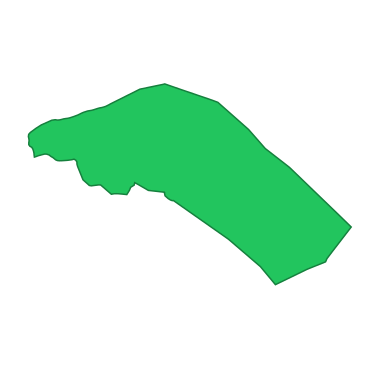 Jardan, Shabwah, Yemen (Albers equal-area conic projection), rotated 162°
{"feature_id": "15242507B34069744154073", "entity_name": "Jardan", "entity_type": "district", "adm_level": 2, "iso_a3": "YEM", "parent_name": "Yemen", "parent_adm1": "Shabwah", "projection": "albers", "projection_center": [46.986, 15.184], "detail": "fine", "context": "isolated", "style": "filled", "palette": "green", "viewbox_px": 384, "rotation_deg": 162, "n_neighbors": 0, "source": "geoboundaries", "source_scale": "gbopen_adm2", "svg_char_len": 1667}
<svg xmlns="http://www.w3.org/2000/svg" viewBox="0 0 384 384"><g transform="rotate(162 192 192)"><path d="M242.9,300.9L243.6,300.7L245.6,300.4L247.6,300.1L249.8,300.1L251.8,300.2L253.8,300.5L255.7,300.6L257.7,300.6L260.0,300.6L262.2,300.7L264.3,301.0L266.3,301.3L268.4,301.3L270.6,301.3L272.7,301.1L274.7,300.8L276.8,300.5L279.0,300.4L281.1,300.3L283.3,300.3L285.4,300.3L287.5,300.5L289.5,300.9L291.5,301.2L293.5,301.3L295.8,301.5L297.8,302.0L299.7,303.0L303.2,303.6L314.5,302.4L321.0,300.7L324.2,299.6L327.3,298.6L329.5,297.3L330.5,295.2L330.7,293.0L331.1,291.1L332.0,289.3L332.6,287.4L332.0,285.5L330.6,284.1L330.1,282.0L330.1,279.9L330.3,277.8L330.8,275.7L331.1,273.9L329.1,273.9L327.1,274.0L325.1,273.9L323.0,273.8L320.3,273.6L318.5,272.9L316.5,271.4L315.0,269.2L313.6,267.7L312.7,266.3L311.8,264.8L310.3,263.5L308.5,262.7L306.5,262.1L304.6,261.6L302.6,261.1L300.6,260.6L298.4,260.2L296.2,259.8L294.1,259.7L292.7,258.2L292.2,256.1L292.8,254.0L292.9,251.5L291.9,237.3L288.4,231.3L287.7,230.0L285.9,229.0L278.6,227.6L276.7,226.9L269.4,214.8L268.6,214.7L266.6,214.4L264.6,213.8L262.6,213.1L260.7,212.3L258.8,211.5L256.8,210.6L254.8,209.7L251.0,212.9L248.9,215.4L244.9,216.4L243.6,218.6L240.9,215.8L233.0,207.0L218.5,200.4L218.3,200.3L218.2,200.0L218.5,199.7L218.8,196.7L216.7,193.1L215.0,191.1L213.5,189.9L212.3,189.6L171.9,135.8L150.0,99.9L141.3,78.1L106.7,82.9L102.7,83.2L86.6,84.3L86.1,84.8L84.3,86.9L76.1,92.6L51.4,109.5L58.5,123.0L91.7,185.3L95.8,191.4L108.9,210.7L118.9,234.0L139.7,269.3L140.6,270.0L144.1,272.8L157.7,283.0L170.9,292.9L179.9,299.7L184.5,303.2L186.2,303.3L209.8,305.9L242.9,300.9Z" fill="#22c55e" stroke="#15803d" stroke-width="1.5"/></g></svg>